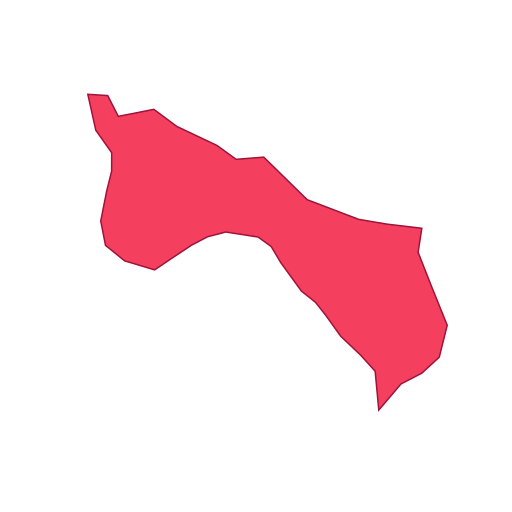 Moutoulias, Nicosia, Cyprus (Mercator projection), rotated 14°
{"feature_id": "46923920B1474013022531", "entity_name": "Moutoulias", "entity_type": "district", "adm_level": 2, "iso_a3": "CYP", "parent_name": "Cyprus", "parent_adm1": "Nicosia", "projection": "mercator", "projection_center": [32.834, 34.974], "detail": "fine", "context": "isolated", "style": "filled", "palette": "rose", "viewbox_px": 512, "rotation_deg": 14, "n_neighbors": 0, "source": "geoboundaries", "source_scale": "gbopen_adm2", "svg_char_len": 654}
<svg xmlns="http://www.w3.org/2000/svg" viewBox="0 0 512 512"><g transform="rotate(14 256 256)"><path d="M458.3,276.9L434.3,243.9L412.4,213.2L410.2,189.0L375.2,193.4L346.8,195.6L292.1,189.0L239.6,158.2L213.3,167.0L191.4,158.2L147.7,149.4L121.4,138.4L88.6,153.8L73.3,136.2L53.7,139.8L70.1,172.7L91.0,190.7L95.4,208.7L95.4,229.6L96.9,259.6L107.4,282.1L129.7,292.5L161.0,294.0L174.4,279.1L190.8,261.1L204.3,249.1L220.7,240.1L253.4,237.1L268.4,243.1L281.8,256.6L308.6,279.1L325.0,286.6L338.4,297.0L357.8,313.5L381.7,327.0L399.5,339.0L412.4,375.8L427.7,345.0L445.2,329.6L458.3,309.8L458.3,276.9Z" fill="#f43f5e" stroke="#9f1239" stroke-width="1.5"/></g></svg>